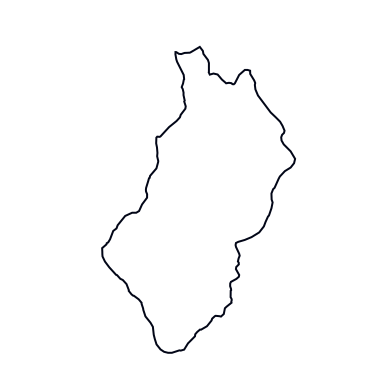 Guatemala, Guatemala, rotated 144°
{"feature_id": "79465075B25759952858694", "entity_name": "Guatemala", "entity_type": "district", "adm_level": 2, "iso_a3": "GTM", "parent_name": "Guatemala", "parent_adm1": "", "projection": "natural_earth1", "projection_center": [-90.482, 14.625], "detail": "fine", "context": "isolated", "style": "outline", "palette": "ink", "viewbox_px": 384, "rotation_deg": 144, "n_neighbors": 0, "source": "geoboundaries", "source_scale": "gbopen_adm2", "svg_char_len": 2485}
<svg xmlns="http://www.w3.org/2000/svg" viewBox="0 0 384 384"><g transform="rotate(144 192 192)"><path d="M132.9,136.2L132.0,139.1L128.6,144.1L124.7,146.6L122.9,146.8L122.1,147.2L113.9,151.9L111.8,152.9L104.6,154.3L97.8,153.8L92.5,155.3L89.1,158.2L88.3,166.9L89.8,176.6L89.3,181.0L87.7,183.8L85.5,185.3L82.9,185.7L81.1,187.2L79.9,192.2L79.4,197.1L80.4,203.6L81.6,210.1L81.9,231.3L80.4,237.7L78.2,241.7L76.8,243.0L76.1,245.7L75.5,253.3L73.7,256.0L75.2,258.0L77.5,259.7L85.0,259.0L93.5,254.7L94.9,254.6L95.9,255.5L96.1,256.8L97.9,258.6L100.5,259.9L100.7,261.0L101.7,265.3L102.2,272.0L105.0,275.2L108.6,276.5L108.1,279.0L107.6,279.4L102.5,286.4L101.5,289.4L101.6,297.0L100.3,299.7L100.4,304.8L110.8,305.8L111.9,306.0L116.3,308.9L119.6,309.9L121.4,311.5L121.8,312.6L122.5,314.4L123.1,314.9L124.5,313.1L125.9,310.2L126.7,308.6L127.5,306.2L129.9,291.6L132.1,287.8L132.7,287.6L135.5,285.0L138.7,282.9L139.0,280.7L140.4,277.4L141.9,275.4L144.2,270.2L145.1,269.8L146.7,265.0L148.4,263.3L155.7,261.1L157.9,259.5L162.8,258.5L172.4,258.0L184.8,255.5L185.7,255.6L187.6,257.2L188.9,256.9L192.4,252.4L194.1,248.7L197.0,243.9L199.2,241.4L201.1,236.9L201.8,236.1L204.3,234.1L206.9,232.0L216.4,229.7L218.0,228.3L218.7,228.4L221.1,226.5L226.7,222.3L228.0,220.9L228.9,219.4L229.6,216.6L231.7,213.8L239.7,211.3L246.0,207.7L249.3,208.0L250.4,208.8L252.6,210.4L260.1,211.9L271.7,208.8L274.5,206.9L278.6,206.8L286.1,201.9L289.4,200.5L291.1,200.7L292.0,199.9L297.7,199.4L299.6,196.5L301.2,194.2L302.3,192.4L303.3,186.9L303.2,179.7L302.1,169.6L301.5,168.8L301.0,163.9L299.7,161.5L299.1,156.0L300.8,149.7L301.3,149.2L301.1,144.7L300.5,142.6L300.0,142.2L298.2,136.5L297.9,132.0L298.5,131.2L300.0,126.5L300.7,125.2L302.8,118.7L302.4,110.7L302.9,105.9L306.9,98.9L308.5,94.9L310.3,89.5L310.0,83.1L308.5,79.1L305.9,76.0L302.7,73.7L295.3,71.3L294.3,70.3L291.0,69.1L284.2,71.9L274.4,73.5L273.0,75.0L270.1,75.7L266.4,76.0L265.6,75.3L258.8,74.6L251.8,76.5L250.1,77.7L246.5,78.1L245.6,77.9L242.6,75.2L241.8,74.2L238.0,74.6L233.7,78.6L231.4,78.9L225.1,79.2L224.8,80.0L223.3,81.3L222.8,82.4L222.6,84.2L218.7,89.4L218.1,89.5L217.4,90.6L216.5,93.4L214.8,95.6L213.3,96.4L207.1,95.6L203.9,95.9L202.6,97.1L201.8,103.8L200.3,105.3L196.7,105.9L195.7,107.4L195.7,108.8L193.3,110.9L190.9,112.4L190.1,114.4L188.7,121.7L187.9,123.5L186.4,124.9L183.9,124.5L177.5,122.2L170.4,120.5L161.4,119.8L154.1,121.9L150.0,124.6L148.6,125.4L144.9,127.5L143.6,127.7L137.2,132.2L132.9,136.2Z" fill="none" stroke="#020617" stroke-width="2"/></g></svg>